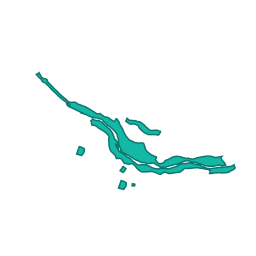 the district of Adfu, Aswan, Egypt, rotated 139°
{"feature_id": "37247803B96122561755956", "entity_name": "Adfu", "entity_type": "district", "adm_level": 2, "iso_a3": "EGY", "parent_name": "Egypt", "parent_adm1": "Aswan", "projection": "mercator", "projection_center": [32.835, 24.945], "detail": "fine", "context": "isolated", "style": "filled", "palette": "teal", "viewbox_px": 256, "rotation_deg": 139, "n_neighbors": 0, "source": "geoboundaries", "source_scale": "gbopen_adm2", "svg_char_len": 5865}
<svg xmlns="http://www.w3.org/2000/svg" viewBox="0 0 256 256"><g transform="rotate(139 128 128)"><path d="M162.1,228.6L161.9,223.4L161.6,221.8L162.0,220.2L162.0,218.9L161.7,217.6L161.1,216.9L160.8,215.9L160.7,213.2L160.5,212.7L160.4,208.6L160.5,207.6L159.7,201.3L159.6,198.0L159.1,195.1L159.0,193.8L158.4,190.9L157.9,189.5L157.9,187.9L158.0,187.3L158.3,186.4L158.6,186.0L158.8,185.5L158.8,184.0L158.4,182.4L158.0,182.4L157.4,182.8L156.9,184.1L156.8,185.2L157.3,185.8L157.4,186.4L156.7,185.7L156.6,184.8L156.9,183.7L157.4,182.6L158.1,182.2L157.6,180.7L157.1,180.0L156.7,178.7L155.9,177.3L155.2,175.3L153.8,172.3L153.7,172.0L153.6,170.1L153.2,169.2L153.0,169.3L153.1,170.1L152.9,170.2L152.6,170.0L152.4,169.8L152.2,169.3L152.2,168.1L151.6,166.7L150.7,165.5L150.1,163.8L148.3,160.0L146.7,158.3L146.1,157.2L144.7,155.9L143.8,154.6L143.0,153.1L142.3,152.3L141.9,151.5L142.1,148.0L141.7,146.3L141.6,143.4L140.7,140.6L140.4,137.8L140.1,134.4L140.2,130.9L140.7,129.9L141.9,127.9L142.1,126.9L142.5,126.0L143.4,124.7L144.6,123.7L144.9,122.9L145.5,122.0L146.6,119.5L147.1,117.6L147.3,116.9L147.6,116.5L147.6,115.5L148.4,115.5L148.6,114.8L148.5,114.1L147.9,113.2L147.7,112.2L146.5,109.5L146.1,107.8L145.4,106.2L144.6,103.4L144.2,102.3L143.9,100.9L143.2,99.3L142.9,98.3L141.8,96.6L141.6,95.5L141.2,94.7L139.4,92.1L138.7,91.7L138.2,91.1L137.8,90.2L137.6,89.5L137.2,88.9L136.5,88.2L135.0,87.3L134.7,86.8L133.9,86.2L133.4,86.1L131.8,84.9L131.4,84.1L130.7,81.7L130.1,80.6L129.2,77.2L127.9,76.2L127.3,75.2L125.9,74.0L123.4,73.1L118.2,70.5L116.9,70.0L114.6,68.5L108.0,66.2L107.4,66.0L105.2,64.8L104.2,64.0L103.1,62.8L103.1,61.8L103.0,61.4L99.3,57.6L99.1,57.2L99.0,56.5L95.6,51.5L95.4,49.9L95.0,49.3L93.1,47.5L92.6,47.0L92.3,46.3L91.5,45.8L91.1,45.3L89.7,44.0L89.2,43.5L88.5,43.0L85.2,41.3L83.1,39.8L82.7,39.2L82.5,38.6L82.0,38.2L81.6,37.8L79.7,36.6L79.4,36.3L78.6,35.9L78.2,37.6L78.0,37.9L78.1,42.9L77.1,44.7L75.8,44.9L80.0,47.4L81.3,48.3L82.4,49.8L84.4,52.8L87.1,55.2L88.5,56.1L92.8,58.7L96.0,60.5L97.3,60.8L98.8,61.6L100.0,62.4L101.2,63.8L102.4,65.8L103.8,66.5L106.5,70.4L107.0,71.6L108.2,72.9L109.4,74.4L111.0,75.5L111.0,75.4L111.7,75.9L113.1,76.6L114.7,77.1L118.4,77.9L120.7,78.9L121.9,78.9L124.3,78.4L126.9,79.9L128.2,81.2L128.4,82.1L128.3,83.5L128.1,85.9L128.0,86.3L125.9,86.9L125.6,87.7L126.7,89.6L128.1,92.8L128.8,96.4L129.0,97.8L128.9,99.5L128.6,100.6L127.5,103.0L126.3,106.2L127.1,107.5L129.3,109.1L130.4,110.2L132.4,112.6L133.0,113.5L133.3,115.1L134.0,116.1L134.9,118.6L134.8,123.4L133.9,127.5L132.6,131.2L131.7,136.6L130.9,138.1L130.4,141.5L130.8,142.7L131.6,142.7L132.8,141.9L133.6,141.9L134.5,142.5L135.5,146.2L136.1,148.7L136.8,149.9L137.9,151.2L138.6,152.6L139.6,157.3L141.2,158.1L142.1,159.1L143.4,163.5L144.1,165.4L144.8,168.1L146.3,172.2L150.2,179.1L150.4,180.5L150.9,181.8L151.5,182.7L154.5,184.9L155.3,186.2L155.9,187.8L156.1,191.2L156.4,192.3L157.3,198.6L157.4,201.7L157.9,206.6L158.1,212.4L158.3,215.2L157.4,217.8L157.8,218.9L159.5,221.1L159.9,222.4L159.7,224.3L159.4,225.1L159.3,226.1L158.8,228.1L159.6,228.0L162.1,228.6ZM151.4,157.8L151.3,157.0L153.2,154.4L153.2,153.5L152.7,153.2L151.4,151.7L150.5,149.3L150.4,147.8L148.4,141.7L147.8,138.8L147.6,135.7L147.9,133.7L149.8,132.4L152.5,128.7L153.8,127.3L154.8,125.5L155.8,123.0L156.1,121.2L155.6,115.6L156.8,112.8L156.5,112.3L155.4,111.4L153.9,110.4L153.6,109.6L153.4,108.2L153.9,103.7L153.7,103.3L152.9,102.7L151.3,100.0L149.3,99.2L148.1,98.4L147.5,95.3L147.6,92.7L147.7,91.6L147.6,90.7L147.6,89.9L146.8,86.6L146.0,85.5L144.8,84.4L143.9,83.9L142.7,82.6L139.6,80.5L138.5,79.6L136.6,76.7L134.6,72.6L133.7,71.7L131.4,71.3L130.5,71.3L129.1,70.4L126.7,66.4L120.3,62.4L118.1,60.8L115.5,60.3L111.9,60.4L111.3,60.0L108.9,57.7L103.3,53.8L101.1,52.0L100.1,50.5L97.6,47.7L96.3,45.9L94.6,43.9L94.0,41.7L96.3,40.2L95.4,39.3L91.5,36.9L90.2,35.7L88.9,34.9L86.3,32.2L83.0,29.7L81.6,28.9L80.7,28.5L79.1,28.4L77.6,28.0L76.3,27.5L73.7,27.4L73.5,27.7L73.0,28.1L73.0,28.8L72.7,29.4L72.1,30.7L74.0,30.9L76.0,31.8L80.2,34.7L82.4,36.3L85.6,38.7L86.2,39.3L86.8,39.5L88.7,40.7L92.6,43.3L94.8,45.8L95.6,46.9L96.8,48.9L97.3,50.0L98.0,52.7L100.4,55.6L102.0,58.1L104.8,61.6L107.9,63.4L109.3,64.4L110.8,65.7L111.5,66.1L113.4,66.6L116.5,67.2L117.3,67.4L118.7,68.0L120.4,68.9L122.5,69.6L124.2,70.6L125.8,72.2L129.5,75.8L130.4,76.5L131.2,76.5L134.1,79.3L136.2,82.7L136.5,84.2L137.3,85.8L138.1,87.3L138.6,88.3L139.4,89.1L141.3,91.2L144.2,92.8L144.7,93.3L145.0,94.1L145.5,97.1L146.3,100.0L146.3,101.3L146.5,103.3L146.9,104.8L147.7,106.6L148.1,109.4L148.7,111.0L148.9,112.3L149.3,113.2L149.6,114.4L149.8,115.5L149.8,117.0L149.5,118.9L149.1,120.1L148.9,122.3L148.7,122.6L148.3,122.8L147.9,123.8L147.7,123.5L147.8,123.1L148.1,122.6L148.4,122.4L148.6,122.0L148.6,121.3L148.8,120.6L149.0,119.4L149.0,118.5L146.5,122.6L145.5,124.0L145.2,124.8L145.1,128.2L145.5,128.6L145.5,128.9L144.3,130.7L143.9,132.0L143.7,132.9L143.1,134.0L142.6,138.0L142.6,139.1L143.1,141.9L143.7,146.8L143.8,148.8L144.1,150.1L144.7,151.5L145.0,152.6L145.8,153.7L146.6,153.9L146.9,154.1L147.3,154.7L148.3,156.6L148.8,158.2L149.4,157.8L150.3,157.7L151.4,157.8ZM122.7,135.8L125.2,134.5L125.0,133.3L124.1,130.1L123.0,128.7L122.3,128.4L120.0,126.3L119.7,125.2L119.1,124.1L118.8,122.9L119.4,121.0L119.5,118.5L118.8,114.0L116.9,109.6L111.7,105.1L109.8,102.8L108.8,102.8L107.2,103.2L106.0,103.9L105.7,104.1L106.8,105.6L107.2,107.0L108.8,108.4L110.4,109.5L112.2,111.0L113.0,112.0L113.6,116.3L113.8,117.9L113.8,119.6L114.6,123.8L115.7,125.7L116.4,126.3L117.8,129.0L118.8,129.6L120.6,131.8L121.9,132.7L122.0,133.4L122.3,135.9L122.7,135.8ZM167.7,92.8L174.6,88.9L171.6,84.5L167.4,85.6L165.2,87.8L166.3,90.8L167.7,92.8ZM183.9,142.0L180.9,137.6L176.8,138.7L174.6,140.9L175.7,143.9L177.0,145.9L183.9,142.0ZM156.9,102.2L162.0,100.9L160.9,97.7L158.2,98.0L156.2,98.6L156.9,102.2ZM162.8,81.7L161.1,80.0L159.7,81.0L161.2,83.1L162.8,81.7Z" fill="#14b8a6" stroke="#0f766e" stroke-width="1.5"/></g></svg>